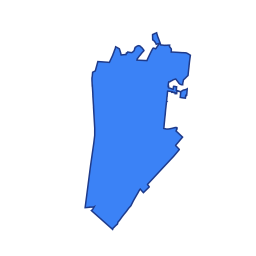 Babiciu, Olt, Romania (Robinson projection), rotated 295°
{"feature_id": "2599482B4228575474869", "entity_name": "Babiciu", "entity_type": "district", "adm_level": 2, "iso_a3": "ROU", "parent_name": "Romania", "parent_adm1": "Olt", "projection": "robinson", "projection_center": [24.569, 44.021], "detail": "fine", "context": "isolated", "style": "filled", "palette": "blue", "viewbox_px": 256, "rotation_deg": 295, "n_neighbors": 0, "source": "geoboundaries", "source_scale": "gbopen_adm2", "svg_char_len": 5887}
<svg xmlns="http://www.w3.org/2000/svg" viewBox="0 0 256 256"><g transform="rotate(295 128 128)"><path d="M220.3,153.8L220.6,151.6L220.6,151.4L220.6,151.2L220.7,150.8L220.7,150.4L220.7,150.0L220.7,149.7L220.7,149.4L220.6,148.8L220.6,148.7L220.5,148.4L220.3,148.0L220.2,147.8L220.1,147.4L220.0,147.2L219.6,146.2L218.9,144.6L218.8,144.3L218.5,143.5L218.0,142.2L217.9,141.9L217.6,141.2L216.2,137.7L216.0,137.2L215.4,135.7L215.1,135.1L217.0,134.3L217.5,134.1L217.9,133.8L218.0,133.7L218.2,133.4L218.4,133.0L218.7,132.4L218.9,132.0L219.2,131.5L219.3,131.2L219.5,131.1L219.9,131.0L220.3,130.8L220.7,130.7L219.9,129.1L219.3,128.1L218.5,126.4L218.4,126.4L218.1,125.6L218.0,125.1L217.9,124.7L217.7,124.3L217.6,123.8L217.2,123.0L217.1,122.6L217.5,122.2L218.3,121.5L218.7,121.1L219.7,120.1L219.9,119.9L220.4,119.4L221.5,118.3L223.3,116.4L224.2,115.6L225.3,114.6L225.6,114.3L225.9,114.1L226.4,113.7L225.8,113.2L224.8,112.2L224.0,111.6L223.1,110.8L222.7,111.0L222.1,111.2L221.5,111.5L220.8,111.9L219.9,112.3L218.4,113.1L218.2,113.6L218.3,113.7L218.2,114.1L218.1,114.5L217.9,114.9L217.8,115.2L217.7,115.4L217.4,116.0L217.1,116.5L216.7,117.2L216.2,117.8L215.8,118.2L216.3,118.7L217.5,120.0L218.0,120.6L217.8,120.8L214.7,120.2L214.2,120.1L213.6,120.0L212.3,119.8L211.9,119.7L211.5,119.6L211.4,118.5L211.3,117.9L211.2,117.3L210.7,116.9L210.3,116.9L209.4,116.8L208.1,116.7L202.4,116.6L201.0,116.6L199.8,116.6L198.4,116.6L197.1,116.7L195.9,113.8L195.3,112.3L194.7,110.9L194.1,109.3L193.9,108.9L193.6,108.1L193.3,107.5L193.8,107.3L194.4,107.2L194.6,107.1L195.1,107.2L195.4,107.3L195.8,107.4L196.2,107.5L196.9,107.6L197.8,107.8L198.2,107.9L198.4,107.9L198.8,108.1L199.2,108.2L199.8,108.4L200.1,108.4L200.4,108.5L201.0,108.6L201.7,108.8L202.8,109.1L203.4,109.3L203.9,109.5L204.6,109.7L205.0,109.7L205.3,109.3L205.6,108.7L205.8,108.3L206.1,107.8L206.4,107.2L206.7,106.5L207.0,105.3L207.0,105.1L207.2,104.9L207.3,104.8L207.3,104.6L207.3,104.4L207.3,103.9L207.3,103.6L207.2,103.1L207.0,102.7L206.8,102.4L206.5,102.1L206.1,101.7L205.5,101.3L204.8,101.0L204.6,100.7L204.3,100.5L203.9,100.4L203.5,100.5L203.1,100.6L202.8,100.5L202.2,100.6L201.8,100.8L201.5,100.8L200.8,100.9L200.5,100.8L200.0,100.6L199.5,100.4L198.7,100.1L198.1,99.7L197.9,99.5L197.6,98.7L197.3,97.8L197.1,96.9L196.9,96.1L196.8,95.8L196.7,95.6L196.3,95.6L196.0,95.6L195.7,95.6L195.4,95.4L195.3,95.2L195.3,94.9L193.6,95.1L193.5,94.7L193.2,94.1L191.3,90.9L193.0,89.6L196.1,86.7L196.3,84.7L196.4,82.5L194.2,82.9L193.3,82.9L192.1,83.0L190.1,83.2L189.6,83.2L188.2,83.3L187.4,83.4L179.6,83.4L175.5,72.6L166.0,74.2L165.5,73.9L163.6,72.4L163.3,72.5L163.2,72.5L162.8,72.7L162.1,72.9L161.0,73.3L160.5,73.5L160.2,73.6L159.2,73.9L158.7,74.1L158.3,74.1L156.8,74.8L156.5,75.0L156.2,75.1L155.6,75.4L155.0,75.7L154.3,76.1L153.5,76.5L151.2,77.7L151.3,77.8L150.7,78.1L144.3,81.6L143.6,81.9L143.1,82.2L142.1,82.7L141.7,82.9L132.7,87.8L132.4,87.9L113.8,97.9L107.1,101.0L100.1,103.3L78.3,109.9L37.7,122.8L38.0,123.4L39.0,125.1L39.8,126.5L40.0,126.5L41.6,129.8L41.9,130.3L42.3,130.6L39.2,130.4L37.7,129.7L29.6,156.9L30.8,156.8L31.2,156.9L32.6,157.5L33.3,157.7L35.3,158.5L35.9,158.8L36.2,158.9L36.4,159.0L36.6,159.0L38.3,158.7L38.5,158.7L40.0,159.1L40.6,159.3L44.9,160.1L48.0,160.8L49.8,161.3L51.0,161.6L52.3,161.9L53.5,162.1L55.9,162.6L57.5,163.1L58.5,163.4L58.8,163.5L59.6,163.5L63.4,163.6L65.4,163.7L67.6,163.9L69.9,164.1L71.1,164.2L73.2,164.4L75.2,164.5L76.1,164.6L76.7,164.6L77.0,164.7L77.8,164.9L75.9,169.3L83.4,172.1L83.6,172.1L83.8,171.9L84.9,169.7L85.2,169.5L89.2,170.8L106.9,176.5L116.4,179.6L121.5,181.3L130.1,183.6L130.3,183.5L132.2,178.6L132.5,178.5L142.8,181.3L145.6,172.8L146.4,172.8L147.6,172.8L147.6,172.5L147.7,172.4L148.0,172.4L148.6,172.5L148.8,172.4L149.0,172.2L148.9,171.7L148.8,171.4L148.6,171.1L148.5,170.7L148.0,170.1L146.1,167.8L145.4,166.8L144.9,166.2L144.7,165.9L144.2,165.1L143.8,164.5L143.8,164.3L143.5,163.8L143.3,163.3L143.2,162.8L143.1,162.4L143.0,161.9L142.8,161.1L142.7,160.6L143.3,160.4L144.3,160.1L146.8,159.2L148.2,158.7L150.5,157.9L151.5,157.5L152.1,157.3L153.0,157.0L154.8,156.4L156.6,155.8L158.4,155.1L159.3,154.8L160.1,154.5L163.4,153.4L164.5,153.0L165.8,152.6L167.0,152.2L167.8,151.9L168.2,152.0L168.1,151.8L169.3,151.4L170.6,150.9L171.2,150.7L171.7,150.5L172.4,150.2L172.8,150.2L175.3,149.3L176.2,149.0L176.9,148.7L178.1,148.3L178.3,148.7L178.6,149.4L178.9,150.4L179.2,151.5L179.3,151.8L179.6,152.5L178.9,152.7L179.5,153.9L179.6,154.2L179.9,154.9L179.4,155.1L179.9,156.2L179.1,156.4L179.7,157.6L182.4,156.7L182.8,159.5L182.9,160.6L177.8,162.4L178.2,164.0L178.6,165.3L179.3,167.4L181.7,166.6L181.8,167.0L182.4,166.8L182.6,167.3L183.6,166.9L183.8,166.9L185.9,166.1L188.5,165.1L187.9,164.7L187.2,164.0L186.5,163.2L185.8,162.2L185.6,162.0L183.1,160.4L182.6,155.8L185.2,154.9L185.9,154.6L185.7,154.3L185.5,153.5L185.6,153.4L185.4,152.6L185.2,152.2L185.0,151.7L184.5,151.8L183.8,152.0L182.6,152.5L182.1,152.6L181.9,150.1L181.8,149.1L181.6,148.0L181.6,147.6L183.0,147.2L182.8,146.7L183.6,146.4L185.2,145.9L185.5,145.8L185.8,145.7L186.1,145.6L186.5,145.5L186.9,145.4L187.0,145.4L187.1,145.5L187.3,146.1L187.5,146.3L187.7,146.5L187.9,146.6L188.4,146.8L188.6,146.9L188.7,147.1L188.8,147.2L189.1,147.4L189.3,147.6L189.9,148.0L190.3,148.2L190.5,148.4L191.0,148.8L191.2,149.0L191.6,149.4L191.9,149.8L192.4,150.3L192.5,150.4L192.5,150.6L192.5,150.9L192.4,151.1L191.9,151.8L191.8,152.1L191.6,152.4L191.5,152.7L191.2,153.2L190.9,153.8L190.7,154.1L190.3,154.9L190.1,155.1L190.0,155.5L189.9,155.8L189.8,156.1L189.8,156.3L189.7,156.6L189.7,156.9L189.7,157.3L189.8,157.9L189.9,158.2L189.9,158.5L190.1,158.6L190.2,158.9L190.2,159.1L190.3,159.3L191.2,158.9L191.9,158.7L193.0,158.4L194.0,158.2L195.2,157.9L196.2,158.4L198.0,159.1L199.2,159.5L200.9,160.2L202.2,159.8L203.3,159.4L205.9,158.5L208.0,157.8L209.5,157.3L210.5,156.9L210.9,156.8L213.8,155.8L215.4,155.3L219.6,154.0L220.3,153.8Z" fill="#3b82f6" stroke="#1e3a8a" stroke-width="1.5"/></g></svg>